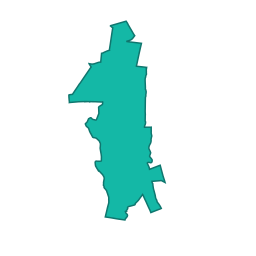 Silistea, Constanta, Romania, rotated 306°
{"feature_id": "2599482B45895397072447", "entity_name": "Silistea", "entity_type": "district", "adm_level": 2, "iso_a3": "ROU", "parent_name": "Romania", "parent_adm1": "Constanta", "projection": "robinson", "projection_center": [28.219, 44.429], "detail": "fine", "context": "isolated", "style": "filled", "palette": "teal", "viewbox_px": 256, "rotation_deg": 306, "n_neighbors": 0, "source": "geoboundaries", "source_scale": "gbopen_adm2", "svg_char_len": 5324}
<svg xmlns="http://www.w3.org/2000/svg" viewBox="0 0 256 256"><g transform="rotate(306 128 128)"><path d="M206.6,79.2L207.1,77.8L211.7,67.3L212.4,66.1L212.5,65.8L213.3,63.7L207.8,59.4L204.7,57.0L200.6,53.8L200.3,53.8L200.3,54.0L200.1,55.2L200.2,56.7L196.5,58.6L193.2,60.3L185.2,64.5L180.1,67.1L180.0,67.3L179.1,66.6L178.1,65.9L175.4,64.3L174.1,63.7L173.3,63.1L172.9,62.7L170.4,64.2L167.0,66.2L165.4,67.1L165.2,67.2L164.7,66.5L164.5,66.3L164.4,66.2L164.2,66.0L163.7,65.5L160.3,63.1L159.4,62.3L158.8,61.7L158.0,60.4L157.2,58.7L157.0,59.0L155.7,62.3L148.9,62.5L142.2,62.7L136.1,62.9L135.1,62.8L131.1,63.0L127.1,63.1L122.6,63.3L120.8,61.4L120.1,60.8L119.9,60.8L118.1,62.2L116.1,63.9L114.9,65.0L114.3,65.5L114.1,65.6L115.2,66.8L117.7,69.7L120.2,72.6L122.7,75.8L124.6,78.3L124.4,78.3L125.0,79.0L126.2,80.6L126.5,81.0L127.3,82.2L127.2,82.2L127.5,82.5L130.3,86.5L132.2,89.4L133.8,91.8L134.2,92.1L134.1,92.3L132.5,93.3L132.1,93.4L131.7,93.4L130.5,92.9L128.6,92.1L128.2,92.0L127.4,92.1L126.8,92.6L126.3,93.0L123.9,94.9L122.9,95.7L122.6,95.9L120.2,96.5L116.5,97.5L115.8,97.5L115.4,97.2L114.4,94.7L114.2,94.3L114.3,93.4L114.4,93.1L114.5,92.5L114.5,92.0L114.3,91.7L113.9,91.4L112.3,90.7L112.1,90.7L111.7,90.8L110.4,91.1L109.1,91.4L108.8,91.4L108.1,91.3L106.9,91.1L106.5,91.0L106.2,91.1L105.6,92.0L105.3,92.6L104.9,93.3L104.7,96.1L104.5,96.4L103.4,98.0L103.0,98.5L102.3,99.7L101.9,100.4L101.8,100.9L101.7,100.9L100.1,104.3L99.9,104.6L99.8,105.0L100.0,105.8L100.2,106.3L100.6,106.8L101.1,108.4L101.1,108.6L100.9,109.9L100.7,111.7L100.6,112.3L99.9,113.6L99.3,114.6L99.0,115.0L96.7,116.5L95.8,117.0L95.2,117.4L93.4,119.2L91.1,121.6L89.5,123.1L88.6,123.8L87.4,124.6L86.3,125.4L85.9,125.6L85.6,125.7L85.4,125.7L85.1,125.4L84.5,124.7L83.1,122.7L82.6,121.8L82.2,121.5L81.8,121.3L81.3,121.5L80.8,121.7L80.6,121.8L80.1,122.3L79.4,122.9L78.7,123.6L78.2,124.1L77.8,125.0L76.9,127.0L76.5,128.1L76.2,128.7L76.1,128.8L75.9,129.6L76.2,129.7L76.3,129.7L75.8,132.3L75.4,134.5L75.3,134.9L75.2,135.3L74.8,136.0L74.6,136.7L74.3,137.2L74.2,137.4L73.6,138.0L72.7,138.8L72.4,138.9L72.2,138.9L71.6,139.2L70.4,139.8L69.9,140.0L69.6,140.2L69.3,140.4L69.0,140.7L67.2,141.8L67.1,142.0L66.9,142.5L66.7,143.0L66.4,143.2L65.9,143.6L65.7,143.7L65.6,144.0L65.5,144.5L65.3,145.4L65.3,145.5L64.8,147.1L64.7,147.5L63.7,148.8L63.4,149.3L62.7,150.3L61.5,151.9L61.2,152.4L60.8,152.9L60.4,153.3L59.9,153.7L58.6,154.6L57.7,155.4L56.9,155.9L56.2,156.4L54.7,157.0L52.0,158.0L47.3,160.0L42.7,161.9L44.9,166.1L46.1,168.5L47.3,171.0L48.5,173.4L49.1,174.5L51.0,178.1L51.8,179.6L52.3,179.4L52.6,179.3L53.5,179.3L55.1,179.4L55.8,179.4L56.6,179.2L57.2,178.8L57.4,178.5L57.7,178.0L57.8,176.8L57.9,176.5L58.9,174.9L59.0,174.9L59.9,175.8L60.2,175.4L60.7,175.3L61.7,175.2L62.2,175.2L62.5,175.2L62.9,174.9L63.2,174.5L63.6,174.4L64.0,174.4L64.6,174.5L65.1,174.9L66.9,176.4L69.7,178.6L70.3,178.7L70.7,178.4L70.8,178.4L71.1,178.3L71.5,178.3L74.8,178.8L75.6,178.9L76.0,178.9L77.7,178.9L82.8,178.9L82.4,179.8L82.0,180.5L80.2,183.6L79.0,185.9L78.0,187.6L76.0,191.1L74.2,194.4L73.0,196.2L76.2,198.2L80.7,201.1L81.1,201.4L81.9,201.9L82.5,202.2L83.3,200.7L84.0,199.1L84.6,197.5L85.0,196.1L85.2,195.3L85.6,194.7L86.2,194.0L86.6,193.5L86.8,193.0L87.2,192.1L87.8,191.3L89.6,189.5L91.8,186.8L92.7,185.7L93.2,185.0L94.1,184.0L95.7,182.4L96.9,181.3L97.4,180.9L97.6,180.6L97.8,180.0L98.1,179.5L98.6,179.1L99.0,178.8L99.1,179.0L100.1,180.1L104.3,185.0L104.5,185.2L105.0,185.7L105.1,186.0L105.7,190.0L106.8,188.6L109.8,184.5L114.5,178.7L116.8,175.9L113.4,173.7L107.2,169.7L107.6,169.3L108.1,168.9L108.5,168.3L109.1,167.4L109.8,166.1L110.3,165.2L110.7,164.6L110.8,164.4L111.0,164.2L111.3,164.2L111.7,164.3L112.0,164.5L112.5,165.1L112.7,165.6L113.0,166.3L113.2,166.8L113.4,167.0L113.8,167.2L114.1,167.3L114.7,167.3L115.0,167.2L115.6,166.8L116.2,166.5L116.6,165.9L116.9,164.9L117.4,163.2L117.6,162.4L117.9,162.0L118.3,161.8L119.5,161.5L120.7,161.1L121.2,161.0L121.5,160.6L121.7,160.3L122.2,159.6L122.7,158.6L123.1,157.9L123.5,157.2L123.8,156.8L124.4,156.4L125.1,156.0L126.3,155.6L127.3,155.4L128.1,155.3L129.3,155.1L130.0,154.8L130.3,154.7L131.1,154.3L131.9,153.7L132.5,153.2L132.8,153.1L133.5,152.8L134.4,152.4L135.0,152.2L135.4,152.0L135.9,151.6L136.3,151.1L136.8,150.5L137.3,150.0L138.1,149.3L139.2,148.6L140.2,147.8L140.9,147.3L142.3,146.3L142.2,146.2L138.7,141.4L138.3,140.9L138.6,140.6L139.9,140.1L140.2,140.0L140.8,139.9L141.3,139.7L142.3,139.3L142.7,139.0L143.3,138.6L143.7,137.8L148.7,134.3L148.8,134.3L151.3,132.3L151.7,132.0L152.7,131.3L154.3,130.2L158.4,127.3L163.1,124.0L163.3,124.0L163.8,123.9L165.0,123.2L165.4,122.8L165.7,122.7L166.5,122.3L167.0,122.0L167.8,121.5L168.2,121.2L168.8,120.5L169.3,120.0L169.5,119.3L170.8,118.4L171.6,117.8L173.0,116.7L175.5,114.7L177.2,113.4L178.0,112.9L178.8,112.5L179.4,112.4L179.9,112.2L180.7,111.6L180.9,111.6L181.7,111.5L182.1,111.4L182.4,111.3L183.2,110.6L183.8,110.1L184.0,110.0L184.7,109.5L185.2,109.1L185.5,108.8L185.8,108.6L186.6,108.2L187.2,107.9L187.1,107.6L187.3,107.5L187.7,107.3L187.9,107.3L185.9,103.7L182.9,98.5L183.0,98.4L185.1,97.5L188.9,95.8L196.4,92.5L204.4,89.1L200.4,81.9L198.3,78.2L197.3,76.3L197.4,76.2L197.6,76.1L198.1,76.5L198.6,76.9L199.3,77.4L200.3,78.1L200.8,78.4L201.2,78.6L201.8,78.8L202.4,79.0L202.7,79.0L203.7,79.1L204.6,79.2L205.0,79.1L205.7,79.1L206.0,79.1L206.6,79.2Z" fill="#14b8a6" stroke="#0f766e" stroke-width="1.5"/></g></svg>